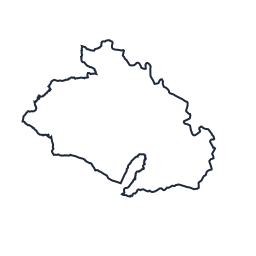 Agrado, Huila, Colombia, rotated 305°
{"feature_id": "7082276B63113141901274", "entity_name": "Agrado", "entity_type": "district", "adm_level": 2, "iso_a3": "COL", "parent_name": "Colombia", "parent_adm1": "Huila", "projection": "natural_earth1", "projection_center": [-75.707, 2.263], "detail": "fine", "context": "isolated", "style": "outline", "palette": "slate", "viewbox_px": 256, "rotation_deg": 305, "n_neighbors": 0, "source": "geoboundaries", "source_scale": "gbopen_adm2", "svg_char_len": 5749}
<svg xmlns="http://www.w3.org/2000/svg" viewBox="0 0 256 256"><g transform="rotate(305 128 128)"><path d="M168.6,43.2L168.0,43.9L166.3,44.6L165.4,45.7L164.6,45.5L164.1,46.3L162.7,47.0L161.6,48.5L160.4,48.9L159.5,48.6L159.0,49.1L158.8,49.8L157.5,50.3L156.3,51.7L156.0,52.5L156.0,53.3L156.8,54.5L156.1,56.3L156.1,57.0L155.8,57.6L155.8,58.4L155.6,58.7L155.6,59.2L156.0,60.4L156.0,62.0L156.4,62.2L156.8,63.2L157.1,66.5L156.9,67.1L156.0,67.7L155.8,69.0L154.8,69.9L154.1,71.0L153.5,69.3L152.6,68.6L152.1,67.7L150.7,66.4L150.9,64.9L150.0,63.6L149.4,63.9L148.8,63.9L147.4,64.9L146.6,66.2L146.4,66.2L144.3,63.7L143.8,63.8L142.9,61.6L142.2,60.5L140.1,58.5L138.8,56.8L138.1,56.5L138.0,55.9L138.4,55.4L138.5,54.8L137.5,54.0L137.2,52.9L136.1,52.1L135.0,51.9L134.4,51.1L133.7,51.3L133.4,50.9L132.9,50.8L131.8,49.3L131.0,49.0L130.4,48.3L129.8,48.1L128.7,46.9L128.1,45.3L126.2,43.4L125.2,40.1L124.0,39.3L122.1,38.6L119.4,39.2L118.0,39.0L117.4,39.4L116.4,39.1L116.4,39.7L116.1,40.6L115.5,41.3L115.1,41.4L115.4,41.9L115.3,42.4L113.8,42.5L113.5,42.4L113.5,41.9L113.2,41.6L112.4,41.6L111.3,41.2L111.0,41.4L109.7,41.4L109.0,40.7L106.8,40.8L106.1,40.0L105.2,40.1L104.3,39.4L103.4,37.7L103.1,37.4L103.1,37.0L103.6,36.7L103.3,36.3L102.4,36.8L101.3,36.5L100.7,36.8L100.7,37.2L101.2,37.7L101.5,38.3L101.2,38.4L100.9,37.7L100.1,37.9L98.6,37.4L98.0,37.5L97.6,37.2L97.1,37.6L96.9,37.5L96.2,37.2L95.9,36.3L93.1,39.1L92.9,40.1L91.5,41.6L89.8,42.1L87.7,41.3L87.2,40.8L86.6,39.6L84.8,37.8L84.7,36.9L84.2,36.4L81.1,36.0L80.2,36.2L77.5,35.7L76.7,36.3L72.9,37.9L73.5,39.0L73.5,40.1L73.2,41.1L72.9,41.3L73.1,42.1L72.9,44.5L73.7,45.4L73.9,49.0L73.4,49.8L74.0,50.7L73.3,52.3L73.3,54.4L72.6,55.6L72.5,56.2L72.1,57.1L71.9,59.2L72.8,61.1L73.2,61.5L73.1,62.4L73.4,62.9L74.1,62.9L74.5,63.7L75.2,64.2L75.4,65.6L76.9,66.5L76.8,67.0L75.2,67.3L75.2,68.1L75.3,69.7L76.8,70.1L73.4,73.6L71.3,76.3L69.1,77.4L68.4,78.7L65.6,78.9L65.1,79.2L64.4,80.4L63.4,82.7L64.1,83.3L65.5,85.6L66.2,85.9L66.6,86.5L66.6,87.9L67.0,89.1L67.9,90.0L68.4,91.0L69.2,91.6L69.6,92.6L70.3,93.2L70.9,94.5L71.9,95.9L72.2,96.1L72.9,96.1L73.2,96.4L73.3,97.6L74.7,100.8L75.6,105.0L77.0,108.7L77.3,110.8L76.8,111.3L76.9,112.3L76.7,112.8L77.2,116.7L77.8,117.5L77.8,118.1L77.3,119.9L76.8,120.2L76.1,122.7L75.5,123.8L75.0,124.9L74.6,125.1L74.6,125.4L74.7,125.9L75.4,126.3L75.7,127.1L76.1,127.4L76.1,128.3L75.8,128.8L76.4,130.4L76.5,134.3L76.9,138.0L75.5,140.7L75.9,145.2L76.6,147.0L78.6,153.7L87.6,152.0L92.3,151.5L93.5,150.6L94.3,150.5L95.4,150.8L96.8,149.9L97.7,149.7L99.0,149.8L99.4,150.1L99.9,150.2L100.6,149.9L101.5,150.2L102.8,149.8L108.8,151.0L110.1,152.4L111.0,151.8L112.2,152.4L113.1,152.4L114.4,154.5L115.5,155.9L115.3,156.4L115.6,157.1L115.3,158.0L114.4,158.3L113.7,159.5L113.1,159.3L112.8,160.2L112.2,160.0L111.9,160.2L111.5,159.8L110.7,160.0L110.5,160.4L109.8,160.6L109.5,161.0L108.7,160.9L108.1,162.4L106.8,162.0L105.8,162.0L104.8,162.6L104.4,163.9L103.6,164.3L103.3,164.3L102.7,163.5L102.3,163.4L101.9,162.9L100.6,162.9L99.4,162.0L98.8,162.2L98.4,161.9L98.4,161.4L97.6,160.4L96.4,160.2L95.1,160.6L94.7,160.5L94.0,161.2L92.2,161.8L91.9,162.2L91.5,162.2L91.3,162.6L90.8,162.3L90.4,162.5L90.0,163.1L89.4,162.4L88.5,162.6L87.9,162.3L86.9,162.7L85.4,162.5L79.8,162.3L78.6,161.7L77.6,160.7L77.3,160.2L75.6,159.9L74.8,160.3L73.0,162.1L71.9,162.0L71.1,161.2L70.3,161.0L70.4,162.3L72.0,165.2L72.1,166.9L73.1,169.0L73.3,168.8L74.0,168.9L74.9,170.4L76.6,169.9L77.3,170.0L78.3,171.0L78.5,171.5L81.2,171.8L82.3,171.3L83.7,171.8L84.2,173.2L84.2,173.8L85.1,174.3L86.6,175.7L86.9,178.5L87.6,180.9L89.0,181.5L89.0,183.0L89.4,184.4L90.1,185.3L91.5,186.4L93.8,187.6L96.6,188.6L97.8,190.1L97.4,192.2L97.5,192.8L98.1,193.4L99.6,194.0L101.4,194.0L102.2,195.4L104.0,196.5L105.9,197.2L107.3,199.5L108.7,199.9L109.9,201.2L110.3,201.3L111.0,202.4L113.1,208.8L113.2,209.4L114.9,213.4L115.7,217.2L116.6,218.0L118.1,219.7L118.4,219.7L119.7,220.2L123.5,217.3L124.3,217.3L127.1,218.3L131.7,217.7L132.6,217.8L133.1,218.3L134.2,218.7L135.9,218.0L137.5,217.7L139.2,218.2L140.7,219.2L141.9,220.3L142.7,219.8L144.4,217.7L147.0,214.1L147.8,213.5L150.1,213.8L151.2,214.8L152.3,215.4L153.7,214.2L155.1,211.7L161.1,211.1L161.4,209.9L160.7,209.1L161.7,207.5L163.8,203.1L164.6,202.7L165.6,202.7L166.7,203.2L167.4,204.3L168.0,204.9L168.5,204.9L170.3,202.7L170.5,201.1L171.2,200.0L173.0,194.6L172.8,194.0L171.7,192.1L171.2,189.9L171.3,187.5L171.2,187.1L168.9,186.4L167.8,187.1L167.0,188.8L165.8,189.0L162.2,187.8L160.5,187.0L159.8,186.2L159.7,185.3L160.4,183.3L161.2,182.6L162.1,181.0L165.5,177.5L165.6,176.9L165.3,175.0L164.2,172.2L164.2,171.6L164.9,170.3L165.7,170.0L171.0,173.0L171.8,173.0L174.2,171.8L175.0,170.8L174.6,170.2L174.6,169.5L175.0,166.2L175.6,165.6L180.3,164.1L183.0,162.2L183.3,161.4L182.8,159.9L182.8,156.4L181.7,148.6L181.6,146.1L180.5,142.3L180.9,141.1L182.1,139.9L182.6,138.0L182.8,136.0L182.3,134.1L182.4,133.5L184.1,131.2L184.8,130.6L186.0,130.2L187.3,127.9L186.9,127.2L186.0,126.8L184.6,126.7L182.4,127.2L181.4,126.6L179.4,124.5L181.2,121.5L183.2,117.0L184.0,116.2L189.3,112.3L191.5,111.2L192.4,109.2L192.6,107.8L192.3,106.3L191.2,105.8L189.8,106.1L186.8,108.5L186.0,107.8L185.5,106.7L185.0,104.4L186.2,102.7L187.2,100.6L187.4,99.5L186.8,98.1L186.0,97.6L184.6,97.6L183.2,97.1L181.9,95.9L180.8,94.3L180.6,93.0L182.8,87.8L182.8,86.0L183.8,84.3L184.3,82.2L189.0,80.3L189.1,79.5L187.6,78.0L186.8,75.9L184.7,72.2L184.2,69.9L184.8,68.7L186.4,67.5L188.8,66.7L189.5,65.7L189.6,64.9L189.3,64.1L189.1,63.1L189.3,62.5L189.0,62.0L187.1,60.0L186.5,59.7L185.7,59.7L185.1,58.5L184.0,57.3L183.0,57.2L182.3,57.8L181.2,58.1L180.5,58.8L179.7,59.1L178.5,58.6L177.6,58.7L176.9,58.0L175.8,57.6L173.9,55.8L171.9,55.9L170.1,52.6L169.9,50.7L169.1,49.4L169.1,48.8L169.5,48.1L169.4,46.9L169.7,46.5L168.6,43.2Z" fill="none" stroke="#1e293b" stroke-width="2"/></g></svg>